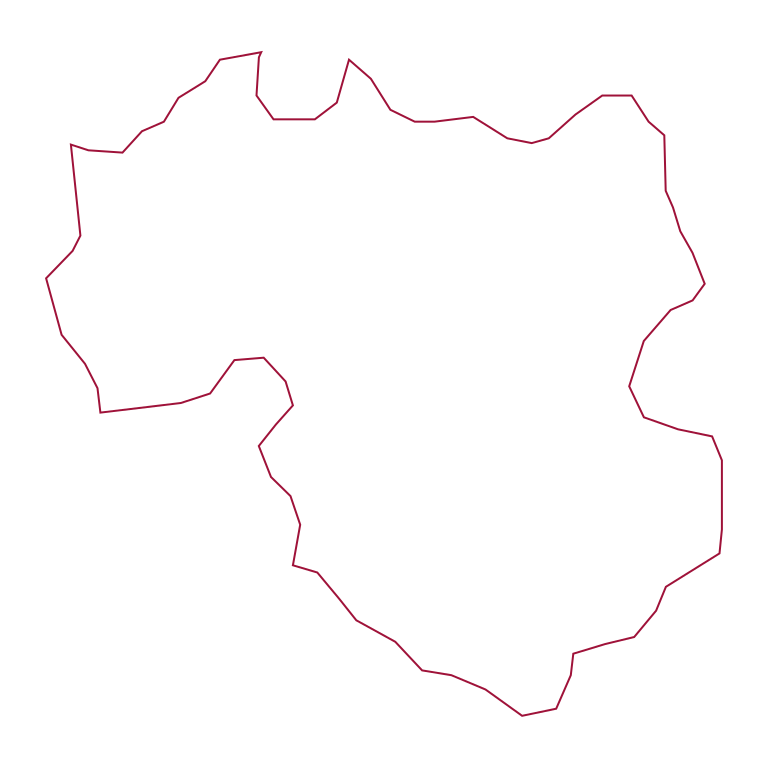 Gokseong-gun, South Jeolla, South Korea
{"feature_id": "91817680B55822624410007", "entity_name": "Gokseong-gun", "entity_type": "district", "adm_level": 2, "iso_a3": "KOR", "parent_name": "South Korea", "parent_adm1": "South Jeolla", "projection": "robinson", "projection_center": [127.266, 35.202], "detail": "fine", "context": "isolated", "style": "outline", "palette": "rose", "viewbox_px": 768, "rotation_deg": 0, "n_neighbors": 0, "source": "geoboundaries", "source_scale": "gbopen_adm2", "svg_char_len": 1080}
<svg xmlns="http://www.w3.org/2000/svg" viewBox="0 0 768 768"><path d="M261.2,52.2L219.9,59.7L205.3,81.2L178.5,97.8L163.9,121.7L142.0,131.2L122.5,152.6L88.4,150.3L70.9,144.6L80.4,235.6L72.6,250.9L46.1,278.3L61.6,334.8L85.0,363.8L97.5,388.2L100.4,412.6L180.8,403.0L210.1,393.5L234.4,360.1L263.7,357.7L285.6,381.5L292.9,405.4L275.9,424.5L258.8,446.0L271.0,477.0L290.5,496.1L300.2,524.7L293.4,562.6L292.9,565.3L317.3,572.5L339.2,598.8L356.3,620.3L395.3,641.8L422.1,670.4L451.4,675.2L485.5,689.5L522.1,715.8L556.2,708.7L570.8,675.2L573.3,653.7L605.0,644.1L634.2,637.0L656.1,610.7L665.9,586.8L719.5,553.4L721.9,529.5L721.9,493.7L721.9,460.3L716.5,447.1L712.1,436.4L678.0,429.3L643.9,417.3L629.2,386.3L643.8,341.0L670.6,310.0L692.6,300.4L704.7,283.8L692.5,252.8L680.3,231.3L673.0,207.5L665.7,190.8L664.3,135.3L648.6,121.7L631.6,95.5L602.3,95.5L575.5,114.5L548.8,138.3L531.7,143.1L507.3,138.3L473.2,116.9L434.3,121.7L414.8,121.7L390.4,109.8L370.9,78.8L349.0,59.7L336.8,102.6L314.9,119.3L273.5,119.3L256.5,95.5L258.9,57.3L261.2,52.2Z" fill="none" stroke="#9f1239" stroke-width="2"/></svg>